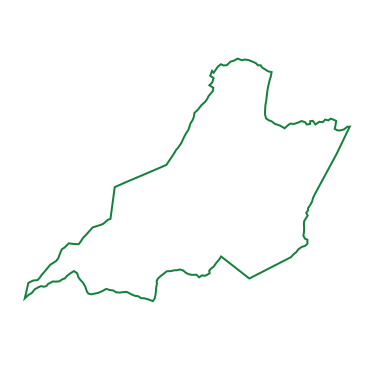 the district of Orós, Ceará, Brazil, rotated 13°
{"feature_id": "56859067B97337581228960", "entity_name": "Orós", "entity_type": "district", "adm_level": 2, "iso_a3": "BRA", "parent_name": "Brazil", "parent_adm1": "Ceará", "projection": "orthographic", "projection_center": [-38.964, -6.244], "detail": "fine", "context": "isolated", "style": "outline", "palette": "green", "viewbox_px": 384, "rotation_deg": 13, "n_neighbors": 0, "source": "geoboundaries", "source_scale": "gbopen_adm2", "svg_char_len": 2694}
<svg xmlns="http://www.w3.org/2000/svg" viewBox="0 0 384 384"><g transform="rotate(13 192 192)"><path d="M331.0,92.8L328.5,93.6L326.0,96.8L322.4,98.8L319.4,99.2L316.8,98.3L316.8,94.4L316.5,90.3L313.2,89.6L310.5,89.4L308.8,91.5L305.5,91.5L303.6,94.6L300.3,94.9L297.1,98.4L293.7,95.5L291.3,96.4L291.8,99.1L288.8,100.4L286.5,98.6L282.8,98.2L279.9,100.4L276.2,102.7L272.3,103.3L270.2,105.8L267.9,109.1L262.9,107.5L257.2,106.9L253.7,105.2L250.7,104.9L247.6,103.6L245.9,100.4L245.2,97.9L244.0,91.0L243.8,86.1L243.2,81.5L242.7,76.4L242.5,73.5L242.5,68.8L242.5,65.6L242.8,62.0L242.6,57.3L238.9,57.3L236.0,56.2L232.4,55.0L230.4,53.1L227.6,53.7L225.5,52.2L222.5,51.5L217.1,50.7L213.4,51.1L211.1,52.4L206.5,51.8L203.1,54.7L200.2,56.3L197.4,60.6L194.2,61.6L191.5,61.0L189.0,64.0L186.3,70.9L184.3,69.5L183.6,74.7L187.4,76.1L187.1,80.7L184.9,84.1L189.3,85.6L189.6,88.8L188.1,91.8L186.5,95.0L185.9,98.0L184.3,101.5L181.7,105.2L179.3,110.3L176.6,114.4L176.9,118.5L176.3,122.2L175.2,124.9L174.8,129.3L174.5,132.3L173.2,135.6L172.0,139.8L170.5,146.9L168.6,151.7L167.1,154.5L166.1,157.6L164.9,161.0L160.9,171.4L158.7,173.0L147.4,181.3L127.4,195.8L115.6,204.6L118.6,236.5L116.2,238.1L114.1,241.1L112.6,243.0L110.4,244.6L103.1,248.9L101.2,252.5L98.3,257.7L96.0,261.4L94.9,265.0L93.3,268.4L88.5,269.2L83.4,269.8L80.4,274.7L78.1,277.0L77.5,279.6L76.6,286.8L75.1,289.8L73.3,291.7L70.3,294.7L68.3,298.6L66.1,303.1L64.2,306.5L63.1,309.4L61.4,312.5L57.0,314.1L53.0,317.4L53.0,324.7L53.0,333.3L55.9,329.0L58.4,326.7L60.8,322.0L63.4,319.7L66.0,317.7L69.3,317.6L71.4,316.2L72.5,313.9L74.7,312.1L76.5,310.5L79.7,309.9L82.9,308.8L85.2,306.3L87.6,304.8L88.8,302.2L91.4,299.0L94.7,295.6L98.4,297.0L100.3,300.4L102.9,302.7L106.3,305.0L109.4,308.4L111.9,312.5L113.9,314.3L117.0,314.3L120.1,312.8L123.5,311.3L127.9,307.9L130.2,305.7L133.7,306.0L137.5,305.7L140.6,306.8L144.1,306.3L147.0,305.2L151.1,304.0L155.2,305.2L159.5,306.0L163.2,305.7L166.1,306.9L169.5,306.3L174.1,306.5L178.3,307.2L179.6,304.1L179.6,301.0L179.2,296.9L178.6,293.2L178.5,289.3L177.6,286.8L178.2,284.2L180.0,281.4L182.5,278.4L185.3,274.9L189.4,273.8L192.0,272.4L194.9,271.6L197.7,270.2L200.9,270.4L204.4,272.2L207.1,272.8L210.6,272.8L214.8,271.6L218.2,273.5L220.5,270.9L223.4,270.8L225.4,269.2L227.5,267.2L226.5,264.8L227.8,262.3L229.8,260.0L231.8,255.2L233.7,251.6L234.9,248.3L267.3,263.4L298.5,237.1L303.1,233.2L304.8,230.1L307.2,227.0L308.5,223.9L311.4,220.7L314.1,219.3L316.1,216.5L315.2,212.6L312.5,212.0L310.4,209.6L310.1,205.8L309.4,202.0L308.3,198.3L307.8,195.4L309.1,191.6L310.0,188.9L308.0,186.7L309.2,183.7L308.8,181.3L310.0,178.3L311.1,174.6L311.3,170.5L312.0,167.2L324.3,122.5L331.0,92.8Z" fill="none" stroke="#15803d" stroke-width="2"/></g></svg>